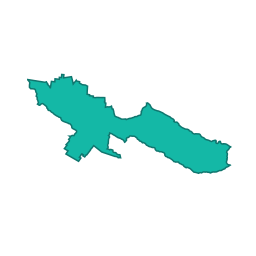 Ruginesti, Vrancea, Romania (Natural Earth projection), rotated 190°
{"feature_id": "2599482B20408246844877", "entity_name": "Ruginesti", "entity_type": "district", "adm_level": 2, "iso_a3": "ROU", "parent_name": "Romania", "parent_adm1": "Vrancea", "projection": "natural_earth1", "projection_center": [27.072, 46.081], "detail": "fine", "context": "isolated", "style": "filled", "palette": "teal", "viewbox_px": 256, "rotation_deg": 190, "n_neighbors": 0, "source": "geoboundaries", "source_scale": "gbopen_adm2", "svg_char_len": 5902}
<svg xmlns="http://www.w3.org/2000/svg" viewBox="0 0 256 256"><g transform="rotate(190 128 128)"><path d="M220.5,137.3L221.3,135.8L219.4,135.0L219.0,135.1L218.7,135.2L217.6,136.7L216.5,137.2L215.8,137.1L213.0,135.6L212.0,135.0L211.7,134.6L211.2,133.4L210.3,132.9L210.2,132.4L209.9,131.9L209.5,131.7L208.9,131.5L207.5,131.5L207.0,131.0L206.7,130.7L205.8,130.2L205.0,130.0L204.3,129.6L203.4,128.9L202.4,128.4L201.8,128.2L200.6,127.6L198.9,127.2L198.0,126.7L196.1,126.5L195.6,125.3L195.0,124.7L194.7,124.1L193.4,123.5L191.9,123.1L188.8,122.6L187.8,122.4L187.5,122.1L185.8,122.0L184.1,120.6L183.9,120.3L183.5,119.0L183.1,118.3L182.4,117.9L179.3,116.9L178.5,116.5L178.1,116.1L178.0,115.6L178.0,115.0L178.3,114.6L178.4,114.1L179.3,113.0L179.9,111.1L181.7,111.0L182.6,110.1L184.1,109.8L183.4,109.5L183.3,108.5L184.5,106.5L183.7,105.9L183.5,105.0L186.1,100.8L185.1,100.4L187.1,96.6L183.1,95.1L184.6,91.6L170.9,86.6L169.2,90.2L170.8,90.8L170.1,92.0L169.5,93.6L169.4,93.6L168.9,94.5L167.2,93.8L167.7,92.8L165.6,92.0L164.5,94.3L164.0,94.3L161.2,99.6L161.3,99.7L161.1,100.4L159.9,102.3L158.7,104.7L149.7,99.8L135.7,97.7L135.1,97.9L133.8,97.7L133.1,97.5L132.5,97.0L131.4,97.3L130.1,97.4L131.2,100.0L131.4,100.3L132.6,100.1L134.0,100.2L135.6,101.5L135.8,101.6L138.1,101.5L138.8,102.2L139.0,103.5L139.6,103.7L141.1,103.9L141.9,103.7L142.2,103.3L143.2,103.7L144.9,103.8L144.5,104.5L144.2,105.6L144.3,106.0L144.8,106.7L145.1,107.8L144.7,109.8L144.9,110.3L145.1,112.2L145.2,113.5L145.0,114.8L144.6,115.8L144.6,116.0L144.9,116.4L145.9,117.3L145.1,118.1L145.1,118.4L145.2,119.9L142.5,119.4L141.4,118.8L139.4,118.2L137.8,117.4L137.1,117.2L136.3,116.8L133.4,116.4L132.5,115.9L131.7,115.8L130.5,115.3L129.9,114.8L129.3,113.9L128.8,113.4L128.3,113.9L127.3,115.8L127.8,117.0L127.5,117.3L127.5,118.0L127.4,118.2L126.8,118.6L126.3,118.6L125.6,119.1L124.9,120.4L124.1,120.6L122.2,120.7L120.8,121.0L120.0,120.9L119.3,120.7L118.3,120.1L117.6,119.9L116.9,118.8L116.5,118.6L115.4,118.3L114.8,117.6L114.2,117.3L113.9,117.1L113.1,117.2L112.4,116.7L112.1,116.8L111.5,116.1L111.1,115.9L110.1,116.3L108.7,115.9L107.8,115.3L106.9,114.4L105.8,114.1L104.1,113.4L102.1,113.3L100.8,113.0L99.5,113.2L98.5,113.2L97.7,112.6L97.4,111.5L95.9,110.4L94.9,110.4L94.0,110.6L93.0,110.1L91.0,110.4L88.5,109.9L87.8,109.6L87.6,109.4L87.3,108.7L86.9,107.5L86.0,106.6L84.6,106.4L83.6,105.8L82.2,105.8L81.7,105.6L79.0,104.4L77.5,103.4L77.0,102.9L75.9,102.9L75.2,102.7L74.0,103.0L73.0,103.1L72.6,103.2L72.1,103.0L71.5,102.3L70.9,102.0L70.0,101.9L68.1,101.2L67.1,101.0L66.8,100.7L66.5,100.3L66.2,99.9L65.4,99.7L64.8,99.2L63.7,99.0L63.4,99.4L62.5,99.5L59.7,98.8L55.5,96.0L53.4,96.0L50.5,95.7L50.2,96.1L49.4,96.5L48.5,96.7L47.7,96.6L46.8,97.4L45.9,97.9L44.1,98.0L43.6,98.2L42.7,98.4L41.5,98.2L40.5,98.5L39.4,98.1L38.7,98.1L38.4,98.6L36.6,99.5L34.9,99.7L33.1,100.2L30.7,101.9L29.0,102.3L28.5,102.5L27.6,103.4L26.2,104.4L25.7,104.5L25.4,104.9L25.1,105.6L24.3,106.5L23.1,107.1L20.9,109.2L21.1,109.3L22.3,109.2L23.6,109.5L24.0,109.8L25.0,110.9L25.2,111.7L25.2,112.4L25.0,112.8L25.1,113.6L24.9,114.0L25.4,114.4L25.5,114.7L25.0,115.5L25.2,116.6L25.7,117.2L25.6,118.0L25.5,118.6L25.6,119.6L25.8,120.3L26.6,121.0L26.7,121.3L26.5,122.4L26.4,122.8L25.6,123.8L24.8,125.2L24.8,125.8L24.1,126.7L23.1,127.6L24.7,127.2L25.0,127.6L25.8,128.2L27.2,128.6L27.5,128.9L27.8,129.0L29.1,129.3L29.5,129.1L30.5,129.2L31.5,129.0L31.6,128.7L33.0,128.7L34.0,129.3L34.3,129.8L34.7,130.8L35.7,130.7L36.3,130.0L36.2,129.5L37.2,128.3L38.1,128.3L38.6,128.5L38.9,128.8L39.0,129.2L38.8,129.7L39.1,129.9L39.0,130.2L39.1,130.8L39.3,131.0L39.6,131.1L40.3,131.0L41.2,130.5L42.0,130.3L42.9,129.5L43.4,129.2L43.9,129.2L46.3,129.9L49.5,130.2L49.9,130.5L50.6,130.7L51.4,131.4L54.0,132.1L54.4,132.4L55.9,134.1L56.9,134.5L59.1,134.2L60.3,134.1L61.4,133.6L62.9,133.9L63.8,134.3L64.1,134.9L65.0,135.3L65.6,135.7L66.4,135.7L67.2,136.0L67.7,136.6L67.9,136.8L69.7,137.1L70.6,136.9L71.7,137.0L75.0,137.9L76.8,138.8L77.3,139.2L78.4,139.7L78.5,140.5L79.1,141.1L80.9,142.3L82.4,141.9L83.7,142.2L83.9,142.4L83.6,142.8L84.0,143.8L84.2,144.0L85.1,144.7L85.9,144.8L86.6,145.2L87.6,145.5L88.8,146.4L89.8,146.5L94.3,147.9L96.4,148.9L97.2,149.1L100.7,150.0L102.1,150.0L105.2,150.5L106.9,151.1L107.4,151.3L108.6,152.2L110.5,154.7L113.0,156.1L114.0,155.7L113.7,155.3L113.9,154.9L113.7,153.7L114.2,152.4L114.5,152.1L115.0,151.8L115.2,151.4L116.1,150.9L116.9,149.9L117.0,149.6L117.2,148.9L117.3,147.5L117.8,146.8L117.8,146.0L117.4,145.3L117.6,144.7L117.6,143.3L117.9,142.8L119.2,142.4L119.9,142.0L120.6,141.5L121.1,140.9L123.1,140.4L123.9,139.8L124.2,139.4L125.3,139.0L126.2,138.3L126.7,138.3L127.2,137.9L127.8,137.9L128.0,137.7L128.5,137.6L131.1,136.0L131.6,136.1L131.8,136.5L134.2,135.9L136.1,135.6L137.0,136.1L138.4,136.2L138.6,136.4L138.9,136.6L140.7,136.8L142.8,137.3L143.5,138.4L144.4,140.2L145.0,142.0L146.0,144.1L146.9,144.0L148.0,146.5L148.2,146.2L149.0,146.1L149.2,145.8L150.5,145.4L152.0,145.3L153.8,144.5L154.1,148.4L154.2,148.7L154.9,148.6L155.4,149.7L155.7,149.7L155.7,150.3L155.4,150.5L156.2,153.9L164.3,152.6L164.9,152.3L166.4,152.1L167.3,152.2L167.5,152.1L167.7,153.4L171.5,153.1L171.6,154.1L174.1,154.1L174.5,156.7L175.1,162.2L176.0,162.4L177.2,162.9L180.6,162.7L181.5,163.1L183.6,163.8L183.7,165.2L186.1,165.3L186.9,165.4L187.3,166.0L187.7,165.0L188.8,163.4L189.6,161.8L190.7,164.6L192.6,168.7L200.1,166.2L200.4,169.4L202.6,169.2L202.3,166.1L204.4,166.0L204.1,164.0L208.4,163.8L208.1,160.8L211.5,160.6L211.4,154.2L211.8,154.2L212.1,154.6L212.5,155.3L214.0,156.5L214.8,156.8L214.8,157.0L214.7,157.5L216.1,158.8L216.4,159.3L217.7,158.6L235.1,158.3L235.0,157.9L233.6,156.8L232.6,155.7L232.5,153.3L232.2,151.4L232.2,151.1L231.9,150.8L230.7,149.8L230.2,149.8L229.4,150.0L227.6,150.1L226.8,150.1L226.0,149.7L224.7,147.1L223.7,146.0L223.6,145.6L223.6,145.1L223.9,144.6L223.8,144.0L223.9,143.3L222.7,142.5L222.5,140.6L221.5,139.4L221.0,138.0L220.5,137.3Z" fill="#14b8a6" stroke="#0f766e" stroke-width="1.5"/></g></svg>